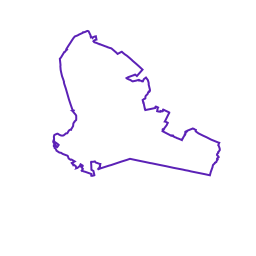 the district of Baneasa, Constanta, Romania, rotated 302°
{"feature_id": "2599482B79766722586515", "entity_name": "Baneasa", "entity_type": "district", "adm_level": 2, "iso_a3": "ROU", "parent_name": "Romania", "parent_adm1": "Constanta", "projection": "mercator", "projection_center": [27.719, 44.045], "detail": "fine", "context": "isolated", "style": "outline", "palette": "violet", "viewbox_px": 256, "rotation_deg": 302, "n_neighbors": 0, "source": "geoboundaries", "source_scale": "gbopen_adm2", "svg_char_len": 5655}
<svg xmlns="http://www.w3.org/2000/svg" viewBox="0 0 256 256"><g transform="rotate(302 128 128)"><path d="M83.1,69.3L82.8,69.3L81.7,69.6L81.1,69.9L80.0,70.8L79.4,71.2L78.1,71.9L77.7,72.5L77.4,72.7L77.3,73.8L77.1,74.0L77.0,74.3L77.3,74.8L77.1,77.4L76.9,78.2L74.3,78.1L74.2,77.7L74.2,77.4L74.3,77.2L74.8,76.3L76.4,72.5L76.5,72.3L77.3,72.1L77.5,72.0L77.9,71.5L77.5,71.6L77.6,71.8L77.3,72.0L76.5,72.2L76.3,72.3L75.4,74.6L74.2,74.2L73.8,74.4L73.3,74.7L72.9,75.8L72.2,76.3L72.1,77.4L71.9,77.9L71.3,78.9L70.9,79.3L70.8,82.7L71.5,84.5L71.4,86.3L72.4,91.2L72.4,91.6L72.3,91.8L70.9,93.6L70.7,93.8L70.6,96.1L71.1,96.4L71.2,96.6L71.3,96.9L71.4,100.5L68.8,99.1L68.5,98.8L68.4,98.9L68.3,99.6L67.9,100.5L68.2,100.9L68.2,101.0L67.5,101.5L68.1,102.3L67.9,104.0L67.0,105.0L67.0,105.4L66.9,105.6L66.6,105.6L67.4,106.3L68.4,106.6L70.1,107.2L71.1,107.3L71.3,107.3L71.3,107.1L71.8,107.0L72.1,107.0L72.1,109.5L71.9,109.7L71.2,109.7L70.9,108.9L70.3,108.8L69.4,111.4L68.8,111.3L68.3,111.4L67.3,111.3L67.2,111.7L67.4,111.8L67.6,112.6L67.7,113.4L68.2,115.0L69.6,121.4L68.1,122.1L68.3,122.8L69.9,124.4L70.2,124.5L73.2,121.5L73.2,119.1L76.5,116.9L78.6,115.4L79.0,115.0L79.8,114.7L81.0,116.5L82.1,117.6L81.7,118.6L81.7,119.0L81.7,119.4L81.8,119.8L82.0,120.4L82.4,122.5L82.6,123.3L82.8,123.6L81.2,124.3L81.0,124.2L80.5,124.4L80.5,124.6L80.4,124.7L79.7,124.8L79.1,124.8L78.0,124.4L77.7,124.4L77.8,124.7L77.6,124.9L79.1,126.0L86.0,131.8L87.6,133.3L95.9,140.1L100.3,143.9L102.9,146.0L105.6,153.4L108.1,160.1L110.1,165.6L110.6,166.7L113.3,174.0L115.8,180.6L118.3,187.6L121.8,196.6L122.4,198.4L122.8,199.5L123.3,200.7L123.8,202.0L124.6,204.5L129.4,217.2L131.3,222.5L134.5,221.5L139.7,220.4L140.6,220.0L141.8,219.7L143.8,220.2L144.1,220.3L144.6,220.1L145.8,220.9L146.1,220.7L148.7,220.7L148.7,220.3L148.8,219.9L149.1,219.8L149.7,219.8L150.8,220.3L151.3,220.4L151.5,220.2L151.8,219.6L151.9,218.9L152.3,217.7L152.5,217.6L153.2,217.4L154.8,217.7L155.1,217.3L155.4,217.2L156.6,217.5L158.0,217.5L159.3,216.5L159.6,216.1L160.2,215.4L160.5,214.9L161.2,214.1L161.2,213.7L161.3,213.6L161.8,213.6L162.5,213.4L163.3,213.3L163.8,213.2L163.7,212.9L163.6,212.6L162.2,204.7L161.8,199.6L161.3,195.8L160.8,190.6L161.0,187.7L161.1,187.1L162.3,186.6L162.2,186.2L162.1,185.0L162.2,184.4L161.8,183.5L161.9,183.2L157.1,179.7L156.4,179.4L156.2,179.8L155.8,179.7L155.5,178.7L155.2,178.6L154.8,178.7L154.6,179.0L154.4,179.5L154.2,179.6L153.0,179.5L152.9,179.9L152.5,179.9L152.5,179.6L152.3,179.6L151.9,180.0L150.6,179.8L147.7,180.0L147.6,179.8L147.4,179.8L146.3,180.1L146.1,178.6L145.6,175.7L145.4,175.2L145.3,173.6L145.1,172.9L145.0,172.2L144.9,170.4L145.3,170.4L145.5,170.3L145.5,170.2L145.0,169.6L145.0,169.4L145.0,169.1L144.3,168.8L144.2,166.7L143.6,159.1L144.8,159.1L144.4,158.6L145.2,158.1L145.4,158.1L145.6,158.3L146.1,158.8L147.5,159.0L151.1,159.3L151.9,159.1L153.2,159.1L153.5,159.0L153.4,157.9L153.3,157.1L153.2,156.3L153.0,155.8L153.3,155.8L161.3,155.0L162.5,155.0L163.0,154.8L162.9,153.3L162.8,152.7L162.6,151.0L162.3,148.1L162.2,148.0L160.8,148.6L160.5,148.5L160.4,148.3L160.1,148.0L159.9,147.6L160.0,147.4L159.7,146.9L159.6,146.5L159.3,146.5L158.9,146.7L158.3,145.6L158.0,144.8L157.7,143.8L160.0,142.9L161.0,142.6L161.3,142.6L161.0,140.4L160.8,140.1L160.4,140.1L159.4,140.5L156.2,137.2L152.4,133.2L153.3,132.2L153.2,132.1L157.7,127.8L157.5,127.6L159.5,125.6L161.2,126.3L161.9,126.9L162.4,127.0L163.5,126.3L163.8,126.2L164.8,126.0L167.0,126.6L167.7,126.5L168.3,126.3L169.0,126.4L169.6,126.2L169.9,126.2L170.1,126.9L170.3,126.9L171.1,126.9L171.4,126.8L172.3,126.1L175.8,122.5L176.7,122.0L177.5,121.3L179.1,119.5L179.2,119.3L180.3,116.5L177.9,115.6L176.0,115.7L175.5,115.9L175.0,115.3L175.1,114.7L175.0,114.3L174.7,113.1L174.3,112.6L174.1,112.3L174.6,111.8L174.5,111.6L172.5,109.8L171.7,109.0L170.8,108.0L170.1,107.4L170.0,107.1L169.9,106.0L170.0,105.0L169.9,104.2L169.6,102.7L169.5,101.8L169.4,100.6L169.5,100.3L170.6,100.9L171.3,101.3L175.1,104.3L175.4,104.5L175.8,105.0L176.3,105.1L177.1,105.8L176.8,108.0L185.2,109.4L186.1,104.8L186.8,100.7L187.5,96.0L187.7,95.3L188.2,92.4L188.7,88.9L188.8,86.0L189.2,83.2L189.4,82.4L189.3,82.2L185.3,79.9L185.8,77.9L185.8,77.7L186.7,71.9L186.6,71.2L186.1,69.6L185.9,68.5L185.8,68.2L185.6,67.7L185.7,67.2L185.6,66.9L185.1,64.7L184.9,63.5L184.6,62.1L184.3,60.6L184.2,59.7L183.9,59.4L184.0,59.2L183.6,57.4L183.5,56.2L183.3,55.7L183.1,54.9L182.9,54.1L182.9,53.7L183.2,53.2L183.3,52.7L184.1,52.8L185.2,53.5L185.9,54.0L186.3,54.4L187.5,53.3L188.3,52.4L188.7,52.2L188.3,51.6L187.1,50.7L186.1,50.3L185.5,50.2L185.8,49.5L185.9,49.0L185.8,48.4L185.4,48.3L185.8,47.8L186.2,47.7L186.6,47.3L189.1,43.4L189.0,42.6L188.7,42.0L186.7,40.7L185.8,39.9L185.6,39.4L185.3,39.1L184.7,39.2L180.9,36.7L180.7,36.7L180.2,36.4L179.4,35.9L178.4,35.1L177.3,34.3L176.9,34.3L176.6,34.3L175.5,34.1L172.2,34.0L170.0,34.0L166.2,33.9L162.2,33.9L162.1,34.7L161.2,34.4L159.9,34.2L158.8,34.1L158.6,34.0L158.5,33.7L152.2,33.8L150.6,33.5L145.5,37.5L144.7,37.8L141.6,40.1L139.9,41.7L137.1,44.5L135.9,46.0L135.6,46.4L134.9,47.3L133.2,49.3L132.8,49.4L131.7,50.5L128.4,54.5L121.0,62.7L117.6,66.8L113.9,71.4L113.8,71.7L114.0,72.2L114.0,72.3L113.9,72.4L114.0,72.7L113.9,72.7L113.7,72.6L113.1,71.9L113.1,72.0L112.9,72.2L112.7,73.0L112.4,73.8L112.0,75.0L111.8,75.8L111.4,76.8L111.1,77.4L110.8,77.7L109.8,78.3L108.6,79.1L107.3,79.8L105.1,79.2L104.5,79.4L104.2,79.3L103.9,79.2L102.8,79.3L100.6,80.4L98.4,80.5L97.1,80.4L96.4,80.7L96.1,80.1L95.7,79.8L95.5,79.6L95.1,79.4L94.0,79.2L91.9,79.3L91.4,79.3L91.2,79.1L90.9,78.8L90.6,78.3L90.4,78.2L89.4,77.9L87.6,77.3L87.3,77.0L86.7,76.3L86.4,75.7L86.1,74.9L86.0,74.2L85.9,73.5L85.9,71.4L85.8,71.2L85.3,70.7L83.1,69.3Z" fill="none" stroke="#5b21b6" stroke-width="2"/></g></svg>